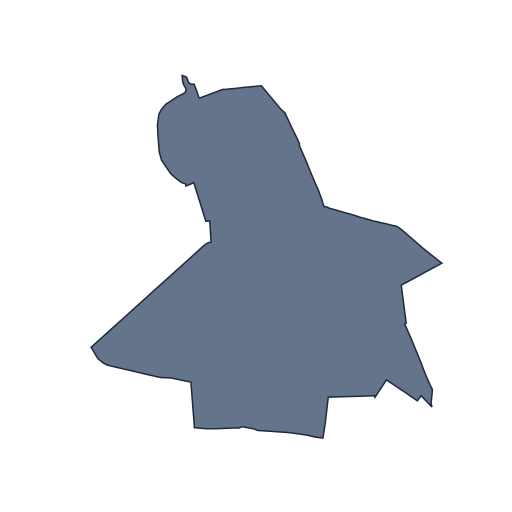 the district of Santana, Arad, Romania, rotated 258°
{"feature_id": "2599482B38045999797675", "entity_name": "Santana", "entity_type": "district", "adm_level": 2, "iso_a3": "ROU", "parent_name": "Romania", "parent_adm1": "Arad", "projection": "orthographic", "projection_center": [21.52, 46.341], "detail": "fine", "context": "isolated", "style": "filled", "palette": "slate", "viewbox_px": 512, "rotation_deg": 258, "n_neighbors": 0, "source": "geoboundaries", "source_scale": "gbopen_adm2", "svg_char_len": 2409}
<svg xmlns="http://www.w3.org/2000/svg" viewBox="0 0 512 512"><g transform="rotate(258 256 256)"><path d="M254.4,401.2L255.0,400.7L255.5,400.3L256.8,397.7L257.7,395.5L258.9,393.1L260.0,391.0L261.2,388.3L262.3,385.7L264.5,381.3L265.9,377.9L266.5,376.8L266.8,376.4L267.6,375.0L268.9,372.3L270.6,369.2L272.6,365.2L272.9,364.8L277.2,357.3L278.9,353.9L280.7,350.5L287.7,337.4L289.4,335.1L289.8,333.9L290.2,332.8L294.9,332.3L298.6,332.0L302.9,331.3L307.6,330.7L312.6,329.6L318.4,328.4L321.0,327.9L334.1,325.5L337.8,325.0L342.7,323.9L348.1,322.8L354.6,321.4L355.2,321.3L356.0,321.7L357.1,321.8L363.9,320.3L370.2,318.7L376.3,317.2L384.6,315.3L388.2,314.4L389.7,314.3L394.0,311.1L412.6,301.2L421.4,296.7L422.9,283.7L423.3,280.6L424.2,270.9L425.5,259.6L425.9,258.5L425.3,254.4L424.4,248.4L422.4,234.9L422.3,233.5L422.8,233.1L429.7,232.3L436.3,231.3L437.1,231.1L437.1,229.6L437.6,228.2L438.9,227.0L439.7,226.3L441.6,225.8L442.3,225.8L443.2,225.9L443.9,225.6L444.6,225.4L445.9,224.8L446.5,223.7L448.0,221.3L441.7,220.5L437.8,221.0L436.1,221.7L434.5,222.2L432.0,221.9L430.3,219.9L428.3,212.4L425.8,206.2L423.4,199.7L421.4,196.8L420.0,195.2L418.8,193.7L414.9,190.5L404.6,186.8L394.4,185.2L377.7,182.9L376.0,183.1L373.9,183.2L372.8,183.3L371.5,183.4L370.8,183.4L369.5,183.5L363.5,185.9L355.1,189.3L354.0,189.9L349.4,193.2L343.4,198.3L341.1,202.2L339.0,202.0L340.6,210.4L332.8,211.1L319.5,212.4L300.5,214.1L299.7,218.0L279.1,215.0L278.8,211.5L277.9,208.8L275.9,205.1L271.7,198.1L240.6,144.2L223.1,114.0L203.4,79.9L201.4,76.4L201.0,75.7L198.7,76.6L191.5,78.9L188.3,80.2L188.0,80.4L186.6,81.5L183.3,84.1L180.1,88.0L175.4,97.9L162.2,126.0L156.8,137.8L155.8,142.1L154.3,147.6L146.2,166.1L103.9,160.5L100.9,160.0L97.4,171.4L95.5,180.2L92.0,200.6L91.3,203.3L91.8,206.4L91.4,208.3L89.2,213.3L87.6,217.5L85.0,221.4L81.3,234.6L76.3,251.8L73.0,261.1L70.2,268.6L66.4,276.6L64.0,283.6L78.6,289.2L102.9,297.3L97.3,328.1L94.7,342.6L93.0,342.9L107.7,357.9L102.6,362.8L89.6,375.4L87.2,377.5L82.6,382.0L80.8,383.8L81.4,384.4L84.8,388.2L85.0,388.4L72.2,396.4L72.4,396.8L75.4,396.6L88.5,400.8L92.8,399.7L104.5,397.2L117.4,395.2L141.2,390.9L158.8,387.3L159.2,389.0L167.2,389.6L197.1,392.0L197.3,392.0L200.1,401.8L204.6,416.8L208.0,428.4L210.3,436.3L220.4,427.9L228.8,421.0L232.8,418.0L237.5,414.5L245.5,408.4L252.2,403.3L252.6,403.0L253.0,402.5L253.5,402.1L254.1,401.5L254.4,401.2Z" fill="#64748b" stroke="#1e293b" stroke-width="1.5"/></g></svg>